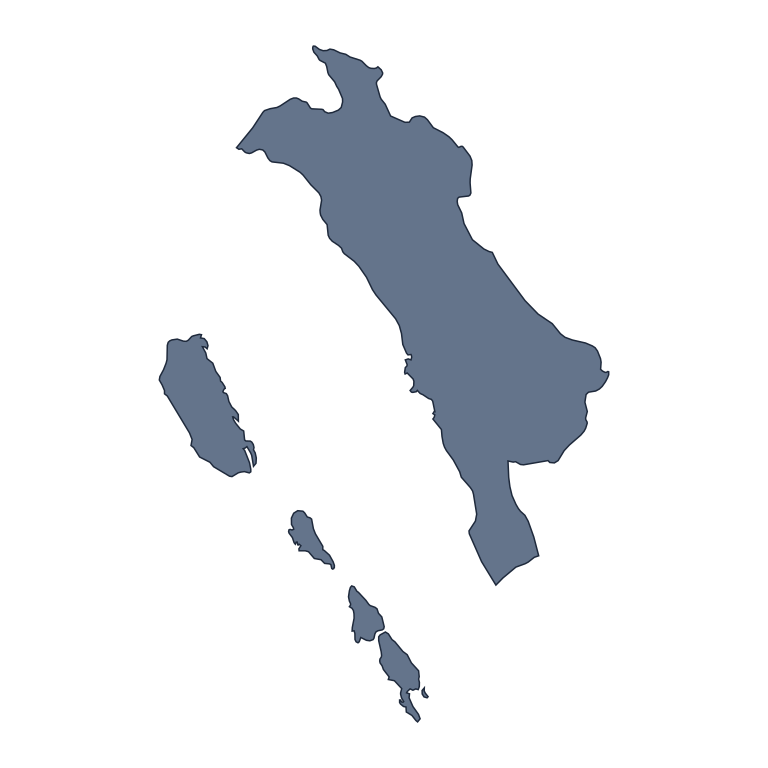 map outline of Sumatera Barat (Natural Earth projection)
{"feature_id": "IDN-539", "entity_name": "Sumatera Barat", "entity_type": "Province", "adm_level": 1, "iso_a3": "IDN", "parent_name": "Indonesia", "parent_adm1": "", "projection": "natural_earth1", "projection_center": [100.097, -1.223], "detail": "fine", "context": "isolated", "style": "filled", "palette": "slate", "viewbox_px": 768, "rotation_deg": 0, "n_neighbors": 0, "source": "natural_earth", "source_scale": "10m", "svg_char_len": 6092}
<svg xmlns="http://www.w3.org/2000/svg" viewBox="0 0 768 768"><path d="M495.9,585.1L481.6,561.7L469.3,533.8L469.0,530.9L475.4,521.1L476.7,514.2L473.5,494.3L472.6,491.0L470.3,487.5L461.3,477.2L459.7,471.8L453.3,460.0L446.4,450.6L444.5,447.1L443.2,443.3L442.0,436.5L441.4,429.5L432.9,419.0L434.2,417.3L434.8,414.8L432.9,413.6L434.4,411.2L434.8,411.4L432.7,401.2L431.4,399.4L428.6,398.5L422.9,394.7L420.2,393.5L417.3,390.4L416.3,391.7L412.8,392.4L411.4,392.1L410.1,390.5L412.9,387.2L413.7,385.7L413.9,381.3L413.1,379.0L407.2,373.0L405.1,374.0L404.6,372.3L405.3,367.6L406.9,366.0L407.2,364.8L405.3,359.9L408.2,358.9L411.0,359.9L411.7,357.2L411.5,355.8L411.0,354.5L408.0,354.9L406.5,353.1L402.8,344.5L401.5,333.6L399.3,325.6L395.6,318.8L376.0,295.0L372.5,289.7L366.5,277.3L358.8,266.2L354.1,261.2L344.3,253.7L342.8,251.8L341.5,248.2L338.5,245.4L332.3,241.3L329.6,238.3L328.2,235.3L327.1,224.6L322.8,219.4L320.6,215.1L320.2,212.9L320.0,210.1L321.6,200.2L320.9,196.5L318.9,192.9L310.9,184.9L303.1,175.1L300.1,172.3L289.4,165.6L283.4,163.2L272.0,161.9L269.9,160.6L267.9,158.0L264.9,152.0L262.7,149.9L259.3,149.3L256.6,150.1L251.6,152.9L249.3,153.5L246.2,152.8L244.8,152.0L241.7,148.8L238.9,149.3L236.5,147.7L252.7,127.8L262.9,112.3L264.5,110.6L270.1,108.7L276.9,107.5L280.2,105.9L290.2,99.3L293.6,98.0L296.4,98.0L298.7,98.9L302.2,101.2L306.2,102.1L307.0,102.7L310.4,108.0L311.7,108.8L321.8,109.3L323.0,109.6L324.7,111.7L328.2,113.2L332.6,112.5L338.4,110.1L341.2,107.5L342.6,102.0L342.5,98.5L338.6,89.3L336.7,86.3L334.7,81.9L328.7,74.7L327.9,72.6L326.7,66.6L325.4,63.2L320.0,60.4L319.1,59.5L317.3,56.0L313.9,52.2L312.7,48.9L312.8,47.1L313.3,46.1L315.1,46.2L319.4,49.4L323.1,50.7L327.0,50.5L329.9,49.1L333.7,49.8L340.1,52.9L345.8,54.3L350.0,57.0L360.1,60.2L362.0,61.3L366.3,65.7L368.8,67.6L370.9,68.3L374.3,68.5L376.4,68.0L377.9,66.8L381.2,69.8L382.7,73.0L382.5,74.3L381.1,76.8L377.1,80.9L376.4,82.7L376.5,84.3L380.1,96.9L381.2,99.2L385.2,104.2L390.6,116.0L404.9,122.3L409.3,122.2L412.1,117.9L415.4,116.5L419.7,115.9L424.5,117.1L427.4,119.7L433.3,127.7L443.4,132.9L449.1,136.9L452.2,139.9L457.9,146.9L458.8,147.4L461.1,146.3L462.4,146.4L463.2,147.1L470.0,156.1L471.8,160.5L472.1,165.0L470.2,179.0L470.1,182.9L470.9,193.0L469.9,195.2L468.6,196.0L459.1,197.1L457.6,198.4L457.2,201.4L457.7,204.7L461.7,212.9L464.0,223.5L472.4,239.7L483.9,249.0L489.0,251.5L492.3,252.4L497.9,264.1L525.0,300.6L538.1,314.1L552.3,323.7L560.4,333.7L565.0,337.3L572.4,340.0L585.5,343.0L592.3,345.9L595.1,347.7L597.5,351.1L600.5,358.6L601.1,362.2L600.6,369.3L602.4,371.0L605.1,372.4L606.4,372.3L607.9,371.5L608.7,371.8L608.7,374.8L607.5,377.9L605.5,381.7L602.2,386.4L599.4,389.0L595.7,391.0L588.5,392.2L586.1,394.5L584.9,402.2L587.3,411.5L585.6,418.0L585.8,419.7L587.1,422.0L587.2,423.3L585.7,428.2L584.1,431.2L580.8,435.1L569.4,445.0L564.2,450.6L558.1,460.6L554.4,462.9L549.8,462.5L548.0,460.6L523.6,464.8L520.5,464.5L515.6,461.7L513.2,462.1L508.0,461.0L508.7,477.3L509.9,486.7L512.0,495.5L515.9,504.3L518.4,508.6L520.5,511.3L524.9,515.3L528.2,521.3L533.8,537.0L538.7,555.8L534.3,557.3L528.2,562.1L525.2,563.7L515.9,567.1L503.1,577.8L495.9,585.1ZM253.5,449.8L255.2,452.9L256.3,458.0L256.0,463.3L253.5,466.3L251.7,455.4L250.7,453.0L246.9,446.6L245.2,448.0L243.2,448.7L244.7,450.5L249.5,462.7L250.8,469.2L250.8,471.8L249.3,472.9L244.4,471.6L240.8,472.1L238.3,472.8L232.0,476.6L229.5,476.2L213.6,466.7L210.0,462.3L199.6,457.0L193.8,447.7L191.0,445.5L192.1,439.5L189.5,432.9L167.3,396.0L164.5,393.8L164.5,390.5L162.1,384.9L159.3,380.0L159.9,376.5L163.5,369.8L166.1,363.2L167.0,359.7L167.3,345.3L168.2,342.3L169.7,340.9L171.9,339.9L177.3,339.1L183.6,341.2L186.3,341.3L188.3,340.2L191.7,336.5L193.4,335.8L199.3,334.3L201.5,334.7L200.5,337.9L204.2,338.6L206.9,341.8L208.0,345.7L207.1,348.8L205.1,347.0L202.4,346.7L205.8,353.0L207.0,358.6L212.8,363.2L215.8,371.4L220.1,377.4L220.6,381.1L222.1,382.4L224.9,386.8L225.2,388.4L224.6,388.5L223.5,390.1L222.9,391.8L223.7,392.7L226.3,393.6L227.6,395.7L228.9,401.5L231.7,406.9L235.5,410.5L238.3,414.5L238.4,421.2L233.6,416.9L232.7,416.9L233.6,419.9L235.7,423.3L240.3,429.0L243.7,431.0L244.6,439.9L245.9,441.0L250.3,441.1L251.8,442.1L253.3,444.5L254.0,447.5L253.5,449.8ZM409.1,697.8L412.9,706.5L418.5,714.4L420.1,718.8L417.6,721.9L415.9,720.5L411.9,715.4L406.3,712.0L406.0,707.0L403.5,706.5L400.5,704.0L399.6,702.5L399.6,700.0L400.6,700.0L401.3,701.6L402.0,702.1L403.0,702.2L403.7,701.6L401.5,697.8L400.6,694.2L400.6,692.9L401.7,688.6L394.4,680.7L388.3,679.5L389.1,676.9L383.4,669.5L382.1,665.8L380.1,663.0L379.7,661.0L380.0,659.0L381.3,657.1L381.6,655.5L381.2,651.8L378.7,640.7L378.7,636.8L380.1,634.9L385.4,632.0L388.4,633.9L392.0,639.6L394.9,641.8L402.9,651.5L407.2,654.7L411.4,662.9L418.6,670.8L419.2,676.7L418.6,679.1L419.4,682.3L419.3,686.6L418.2,689.6L415.8,688.9L412.9,690.2L410.1,688.9L407.4,691.4L406.6,692.8L409.5,693.8L409.1,697.8ZM381.8,616.9L384.2,626.7L383.7,628.8L382.2,629.9L377.8,630.8L375.9,632.0L374.9,633.9L374.0,638.1L373.1,639.6L369.9,640.8L366.4,640.3L360.8,637.5L359.2,641.8L358.0,642.8L356.1,641.8L355.0,639.5L354.9,633.5L354.1,630.8L352.1,631.1L352.3,627.5L354.1,618.2L354.0,613.8L353.4,610.5L352.0,608.3L349.4,606.7L350.6,604.9L350.5,603.5L349.4,601.2L348.5,596.8L349.4,590.7L350.4,587.4L351.7,585.9L354.3,586.9L356.9,591.3L358.4,592.3L366.0,600.5L368.8,604.4L370.2,605.6L375.0,607.3L377.0,608.8L378.5,613.3L381.8,616.9ZM329.5,555.2L333.1,561.7L334.4,565.4L334.3,568.3L334.3,567.1L333.6,568.7L332.6,569.1L331.7,568.4L330.9,564.7L329.6,563.9L324.6,563.4L321.0,559.7L314.3,558.5L308.5,551.7L305.3,550.8L299.1,550.8L298.9,548.8L300.9,545.7L299.1,544.2L298.3,545.0L297.7,544.8L297.2,542.1L296.2,542.1L295.3,544.2L294.1,542.7L292.4,537.6L289.1,533.2L288.6,531.6L289.0,529.8L290.1,529.4L292.0,530.0L293.7,529.3L293.4,527.8L291.5,524.5L291.4,518.1L293.7,513.2L297.7,510.7L302.9,511.2L304.6,512.8L307.3,517.0L310.0,517.8L311.6,519.1L313.4,528.7L315.4,533.8L322.8,546.3L322.8,549.7L324.3,550.5L329.5,555.2ZM424.3,687.9L424.2,690.9L425.2,693.0L428.1,696.7L427.1,697.8L424.0,696.9L422.2,694.0L422.1,690.5L424.3,687.9Z" fill="#64748b" stroke="#1e293b" stroke-width="1.5"/></svg>